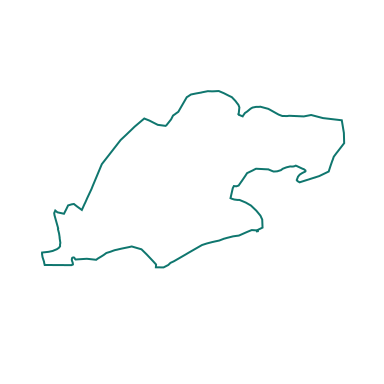 outline of Ash Sha'ir, Ibb, Yemen, rotated 297°
{"feature_id": "15242507B78459135139999", "entity_name": "Ash Sha'ir", "entity_type": "district", "adm_level": 2, "iso_a3": "YEM", "parent_name": "Yemen", "parent_adm1": "Ibb", "projection": "natural_earth1", "projection_center": [44.362, 14.033], "detail": "fine", "context": "isolated", "style": "outline", "palette": "teal", "viewbox_px": 384, "rotation_deg": 297, "n_neighbors": 0, "source": "geoboundaries", "source_scale": "gbopen_adm2", "svg_char_len": 3109}
<svg xmlns="http://www.w3.org/2000/svg" viewBox="0 0 384 384"><g transform="rotate(297 192 192)"><path d="M235.8,116.1L224.1,111.2L213.4,107.5L209.5,106.1L205.9,104.8L184.6,100.7L175.9,99.0L156.2,100.5L152.2,100.8L149.0,101.1L139.3,101.4L133.9,101.7L132.5,101.7L126.0,102.0L126.9,96.2L127.7,92.2L126.3,90.3L123.8,87.7L119.5,87.8L116.1,87.8L114.5,87.8L112.8,81.3L113.4,78.6L110.6,78.8L108.8,80.1L98.8,89.3L98.2,89.3L94.8,92.3L91.3,94.8L91.1,94.8L86.9,97.8L85.2,98.3L83.7,99.1L81.8,98.7L79.7,97.6L77.4,95.6L76.3,94.7L73.6,91.4L70.0,85.9L69.1,86.3L68.7,86.5L67.6,87.3L66.1,88.4L62.6,91.9L61.8,92.4L60.1,93.9L72.1,117.8L73.3,118.8L73.7,118.7L74.4,118.0L74.7,117.9L75.0,117.7L75.6,117.0L76.1,116.4L76.7,115.9L77.4,115.5L78.2,115.3L78.5,115.2L79.0,115.2L79.4,115.5L80.0,116.3L80.0,116.9L79.7,117.5L79.3,118.1L79.1,118.6L79.0,118.9L84.7,128.5L85.3,130.0L88.1,137.4L90.1,138.4L93.6,140.6L95.8,141.9L98.8,143.4L101.7,146.4L104.1,148.6L105.3,149.8L106.9,151.8L107.2,152.1L109.7,155.1L114.4,161.0L116.1,163.0L118.0,173.0L115.8,180.0L112.9,188.1L112.8,188.4L112.2,190.0L111.1,192.9L108.5,194.0L111.9,200.9L116.2,204.0L119.1,205.0L121.9,207.2L126.8,210.4L133.9,215.0L135.2,215.8L135.5,216.0L136.6,216.7L149.3,225.0L152.8,228.5L156.7,232.9L157.1,233.4L158.6,235.2L161.1,238.3L165.0,241.8L165.4,242.3L166.9,243.9L168.9,246.2L171.1,248.7L173.2,251.7L174.0,252.9L174.5,253.6L180.9,258.8L182.9,260.5L183.5,261.0L185.2,262.5L186.8,266.2L186.8,266.5L187.2,266.9L186.4,267.7L187.0,268.5L188.3,268.0L192.3,271.0L199.3,267.1L202.0,263.7L204.0,259.1L204.6,257.7L206.7,250.7L207.0,244.7L206.5,238.0L205.5,235.9L204.5,233.1L204.1,230.8L204.0,229.1L213.9,226.6L214.0,226.6L216.3,226.6L217.2,228.9L218.9,230.6L219.5,230.7L220.4,230.8L220.9,230.9L223.3,231.2L224.4,231.4L225.3,231.5L230.8,232.2L233.8,232.5L238.8,236.3L240.5,237.5L241.8,238.5L246.7,249.5L246.8,249.6L247.1,253.9L247.3,255.5L249.1,258.5L251.8,261.3L253.9,262.3L256.8,264.9L259.2,267.7L260.6,270.5L261.6,271.7L262.6,272.5L262.7,273.6L262.9,280.1L263.1,281.2L262.7,283.3L261.9,283.7L261.1,283.3L260.3,282.6L258.6,281.4L256.4,280.1L253.8,279.5L250.2,279.9L249.6,281.1L249.5,283.5L263.9,298.1L271.0,303.5L272.3,304.5L277.9,303.6L279.3,303.4L283.7,302.8L284.3,302.8L287.8,302.3L292.5,303.1L293.4,303.3L304.6,305.4L313.6,300.5L323.9,292.9L318.9,279.4L317.3,275.1L314.7,263.2L310.1,257.3L304.0,243.9L302.9,242.4L300.7,237.9L300.3,234.0L300.4,231.2L300.7,223.7L300.7,222.1L299.0,214.1L298.6,213.6L297.7,211.9L297.0,210.5L294.7,207.6L293.2,206.6L292.2,206.1L288.7,204.6L286.4,203.3L282.9,202.8L282.4,202.8L282.2,200.6L282.2,200.1L282.0,198.8L282.3,198.2L282.4,198.3L286.8,196.6L288.9,195.8L290.7,193.8L292.1,190.8L292.2,190.7L292.6,189.9L292.8,189.4L292.9,189.2L294.0,186.1L294.6,184.4L294.5,181.4L294.5,178.4L294.5,175.5L294.1,170.0L293.7,169.3L291.0,164.6L288.9,160.1L288.6,159.8L285.3,155.6L284.9,155.2L281.5,150.7L278.4,146.8L275.2,145.0L274.1,144.3L257.2,143.4L254.4,141.9L254.1,141.8L251.5,140.4L247.2,140.4L239.8,138.9L238.9,138.4L238.6,137.5L236.3,131.0L236.3,127.6L236.3,126.8L236.3,121.6L235.8,116.2L235.8,116.1Z" fill="none" stroke="#0f766e" stroke-width="2"/></g></svg>